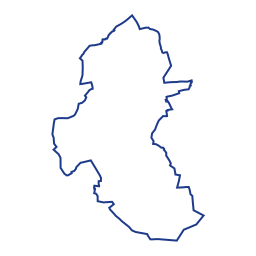 Dutse, Jigawa, Nigeria (Mercator projection)
{"feature_id": "59680162B76882427234764", "entity_name": "Dutse", "entity_type": "district", "adm_level": 2, "iso_a3": "NGA", "parent_name": "Nigeria", "parent_adm1": "Jigawa", "projection": "mercator", "projection_center": [9.316, 11.807], "detail": "fine", "context": "isolated", "style": "outline", "palette": "blue", "viewbox_px": 256, "rotation_deg": 0, "n_neighbors": 0, "source": "geoboundaries", "source_scale": "gbopen_adm2", "svg_char_len": 3357}
<svg xmlns="http://www.w3.org/2000/svg" viewBox="0 0 256 256"><path d="M80.3,84.1L81.5,84.0L82.1,83.9L91.2,82.3L92.3,85.8L92.7,88.7L90.9,89.3L89.2,90.3L88.3,91.7L84.9,95.7L86.3,97.3L84.9,100.4L82.1,102.8L78.7,103.8L77.9,108.2L77.5,109.5L75.1,114.4L73.7,115.8L67.9,118.2L58.3,118.1L54.6,119.4L53.9,123.0L52.4,134.2L53.1,136.4L53.6,137.4L54.1,143.7L56.5,146.9L53.6,149.7L58.6,154.2L60.5,157.8L60.6,167.9L64.3,173.6L66.7,175.4L67.4,175.3L68.1,175.3L69.6,174.4L71.7,173.2L71.5,172.5L71.4,172.0L72.6,171.5L73.4,171.3L73.8,171.2L74.4,170.7L74.7,170.4L75.1,169.7L75.4,169.5L75.5,169.4L75.7,169.1L75.9,168.8L76.3,167.2L80.5,162.8L83.3,162.2L90.8,160.4L95.5,168.1L99.9,175.5L101.0,178.0L100.9,181.0L98.7,181.2L98.6,183.9L98.7,184.3L99.2,185.9L99.1,186.3L98.4,186.2L95.7,185.9L94.4,185.7L94.0,187.1L94.4,187.6L94.2,188.7L95.0,188.9L94.2,193.2L96.0,193.7L97.6,195.9L97.7,201.2L103.5,202.4L112.1,201.8L113.8,204.2L109.8,207.4L109.3,207.7L110.0,209.4L114.6,214.4L115.6,215.7L116.7,216.6L117.2,217.0L119.2,218.6L122.3,221.6L128.8,226.7L132.0,230.4L135.7,232.0L147.3,234.1L147.8,235.5L150.3,239.3L153.4,239.3L154.8,239.2L158.0,239.1L176.8,240.6L183.8,229.7L196.3,224.5L203.6,215.5L193.6,210.3L192.6,199.8L192.4,196.8L192.3,195.9L190.5,194.2L190.1,192.0L189.6,189.6L188.7,187.0L186.6,187.0L182.4,187.4L177.1,187.6L178.9,180.9L180.0,175.3L175.4,174.5L175.2,172.7L174.4,168.4L170.0,165.4L170.8,163.5L169.6,160.9L166.9,156.6L166.2,155.7L166.2,155.2L166.3,152.9L164.5,150.3L163.8,149.8L164.1,148.7L162.9,147.6L161.3,147.7L160.7,147.2L158.6,145.6L156.0,144.2L153.1,143.9L153.6,141.3L151.4,137.7L152.1,133.3L152.6,132.7L155.1,129.5L156.9,124.6L158.8,120.5L163.1,116.1L166.8,116.2L167.1,116.1L166.3,111.0L167.6,110.6L167.5,110.1L169.8,109.6L172.1,109.3L171.5,108.4L171.2,107.6L170.7,106.7L170.3,106.0L170.2,105.5L169.8,104.8L169.6,104.3L169.1,103.4L168.9,102.7L168.4,102.4L168.0,102.0L168.0,101.5L167.6,101.1L167.1,101.1L166.8,101.3L166.2,101.5L165.7,99.8L166.8,99.5L166.8,99.1L166.7,98.6L166.7,98.0L166.7,97.5L166.6,97.3L166.5,96.9L167.6,96.6L168.1,96.3L168.8,96.3L169.3,96.2L170.0,96.0L170.6,96.0L170.9,95.9L171.8,95.7L172.5,95.5L179.2,93.2L178.8,91.2L183.8,89.9L188.6,89.3L189.7,87.2L189.7,86.1L190.1,85.9L190.7,85.6L190.4,85.0L190.4,84.4L190.8,84.0L190.8,83.6L190.9,83.2L190.9,82.4L191.5,82.3L191.3,81.5L191.8,81.4L191.6,80.4L187.4,81.7L185.7,81.6L180.1,81.5L176.8,82.0L170.0,82.2L164.3,82.8L163.4,77.7L171.1,65.8L168.5,57.2L167.8,54.3L167.3,53.2L166.9,52.2L165.2,52.4L163.4,53.0L162.3,52.4L161.6,50.0L160.9,48.7L160.9,47.2L160.4,45.6L159.6,42.8L159.4,40.7L159.7,39.2L159.6,36.9L159.4,35.2L159.1,34.0L158.7,33.2L157.9,31.9L155.3,30.5L153.2,29.6L150.0,29.0L148.4,27.6L147.0,27.7L146.0,27.6L139.8,29.1L138.8,26.2L137.6,23.8L136.4,21.5L132.1,15.4L126.6,20.1L124.2,21.9L120.3,24.4L116.2,26.6L113.8,29.7L114.4,30.3L113.9,31.0L113.2,31.2L112.4,31.3L111.8,32.0L111.2,32.3L110.8,33.0L110.5,33.4L109.9,33.5L109.5,34.2L109.2,34.7L108.8,34.9L108.3,35.9L107.9,37.2L107.0,38.7L106.0,38.5L105.3,38.9L105.3,39.3L104.8,39.5L103.8,39.4L102.7,39.3L102.4,39.8L102.5,40.4L102.4,41.0L102.5,41.4L102.2,41.8L102.3,42.2L102.0,42.6L101.4,42.5L101.2,42.7L101.6,43.1L101.5,43.7L94.8,45.2L91.7,45.4L89.6,45.8L84.2,52.1L83.5,53.7L82.9,54.3L81.7,55.5L81.4,56.5L80.8,57.1L79.9,58.3L82.5,60.7L82.7,65.3L82.7,68.7L82.5,75.3L81.4,78.9L80.6,81.4L80.3,84.1Z" fill="none" stroke="#1e3a8a" stroke-width="2"/></svg>